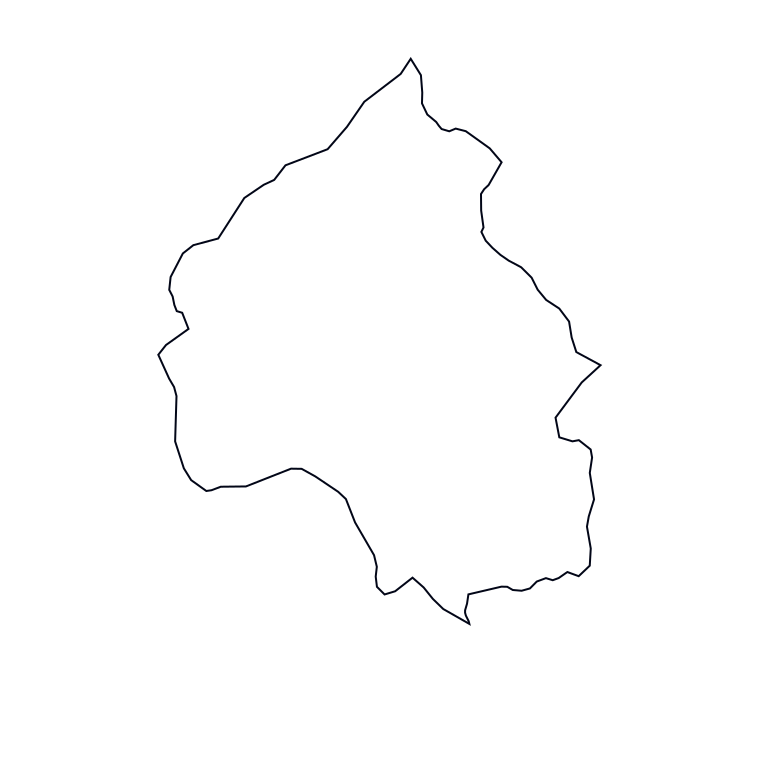 Çorum, Albers equal-area conic projection, rotated 149°
{"feature_id": "TUR-2291", "entity_name": "Çorum", "entity_type": "Province", "adm_level": 1, "iso_a3": "TUR", "parent_name": "Turkey", "parent_adm1": "", "projection": "albers", "projection_center": [34.616, 40.609], "detail": "fine", "context": "isolated", "style": "outline", "palette": "ink", "viewbox_px": 768, "rotation_deg": 149, "n_neighbors": 0, "source": "natural_earth", "source_scale": "10m", "svg_char_len": 1486}
<svg xmlns="http://www.w3.org/2000/svg" viewBox="0 0 768 768"><g transform="rotate(149 384 384)"><path d="M316.1,119.0L323.7,128.4L334.2,127.7L340.4,128.9L345.2,134.2L354.8,136.0L364.2,133.6L372.5,135.9L379.7,141.1L382.8,146.7L387.7,149.8L420.0,160.2L426.0,152.9L431.0,148.3L432.3,146.2L433.1,143.3L433.6,137.0L434.4,134.4L449.1,160.6L452.8,174.6L454.8,189.2L459.3,203.3L481.2,200.6L491.9,203.3L494.5,213.8L490.3,223.2L484.3,231.0L480.7,242.4L480.1,280.2L475.9,305.0L478.8,315.2L490.5,340.2L498.3,353.7L507.3,359.3L555.1,367.3L576.8,380.0L586.6,381.8L591.4,383.8L598.8,400.9L599.0,414.8L592.6,442.4L568.1,480.5L565.5,489.5L565.4,499.3L562.4,525.3L550.8,529.7L523.2,531.9L520.3,549.0L524.1,553.2L523.0,559.7L520.1,567.9L519.6,575.3L511.8,585.6L489.2,599.5L475.9,601.2L451.2,594.1L407.9,615.4L384.5,616.7L373.0,615.5L355.8,622.2L311.4,614.3L283.3,623.5L255.5,636.1L210.0,641.2L193.6,649.0L193.3,629.7L201.1,614.1L206.9,605.0L208.1,592.7L204.3,581.7L204.0,577.2L203.3,572.9L197.9,567.0L191.0,566.0L183.7,558.6L172.0,531.5L169.0,513.5L191.8,500.7L197.8,499.4L203.0,496.9L211.4,482.6L218.1,466.9L222.2,464.2L223.0,454.4L220.9,444.8L217.7,434.7L213.5,425.4L206.3,413.4L202.7,399.1L203.7,385.7L201.7,372.5L194.9,358.4L193.2,342.2L199.2,327.2L202.7,312.3L188.7,288.6L213.7,283.5L254.3,266.8L261.2,248.0L252.0,237.8L245.9,235.5L240.6,221.4L243.5,213.8L253.4,201.8L263.4,176.9L276.7,165.0L283.5,157.2L291.5,136.5L301.2,122.3L316.1,119.0Z" fill="none" stroke="#020617" stroke-width="2"/></g></svg>